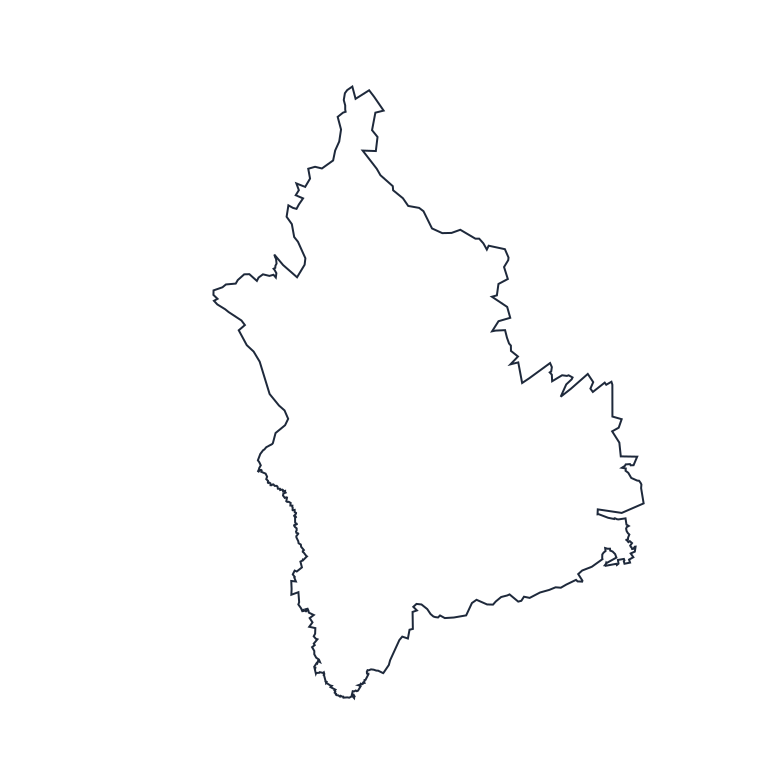 the district of Cape Winelands, Western Cape, South Africa, rotated 331°
{"feature_id": "47623444B8262601395586", "entity_name": "Cape Winelands", "entity_type": "district", "adm_level": 2, "iso_a3": "ZAF", "parent_name": "South Africa", "parent_adm1": "Western Cape", "projection": "equal_earth", "projection_center": [19.211, -33.151], "detail": "fine", "context": "isolated", "style": "outline", "palette": "slate", "viewbox_px": 768, "rotation_deg": 331, "n_neighbors": 0, "source": "geoboundaries", "source_scale": "gbopen_adm2", "svg_char_len": 6166}
<svg xmlns="http://www.w3.org/2000/svg" viewBox="0 0 768 768"><g transform="rotate(331 384 384)"><path d="M555.1,324.7L542.6,313.8L539.1,316.3L539.1,309.2L537.7,303.0L534.4,301.2L525.5,286.1L516.3,284.6L508.1,280.3L501.4,271.2L502.3,252.0L500.1,247.0L491.5,240.0L490.6,230.7L485.9,219.0L487.6,215.2L482.1,199.7L482.0,192.2L478.5,169.5L489.8,176.3L498.1,164.8L496.6,156.2L508.0,142.5L516.2,144.7L514.6,128.0L513.4,119.9L497.4,120.8L500.5,108.5L494.3,109.1L490.8,110.7L486.5,116.1L485.1,121.6L483.1,125.2L482.4,127.3L479.8,126.8L473.0,127.9L469.8,140.6L462.4,150.2L454.5,156.1L447.9,163.8L434.2,165.4L429.0,160.6L422.1,159.0L418.9,168.5L410.6,173.4L404.6,166.1L403.5,173.2L398.3,176.1L403.2,182.4L396.6,185.7L392.4,188.4L389.8,185.9L387.0,181.4L379.9,190.5L380.9,199.5L376.7,211.9L377.7,217.9L376.2,235.9L372.4,241.2L359.7,248.5L353.4,231.0L350.8,217.6L350.2,220.8L350.4,221.8L348.4,226.6L346.4,227.9L345.2,229.7L343.3,229.7L343.6,231.1L343.6,234.9L341.0,238.4L340.3,234.9L336.2,233.9L331.3,229.4L325.9,230.1L322.8,232.2L319.5,222.7L314.9,220.3L306.5,222.2L303.0,224.3L294.0,220.3L289.6,221.1L280.3,219.5L278.0,223.4L279.7,228.8L275.6,228.8L276.8,233.6L281.3,241.6L283.0,245.8L290.1,259.3L290.9,265.0L283.0,266.6L282.8,283.5L285.7,292.4L286.1,304.2L279.1,337.3L281.7,351.9L284.2,358.9L283.3,368.0L277.5,372.1L265.4,374.3L258.2,381.8L257.1,382.3L250.4,382.2L247.5,383.3L246.2,383.3L241.9,385.2L236.7,389.6L237.0,391.9L236.8,395.4L234.0,397.1L233.4,397.9L231.6,399.2L231.9,399.8L233.8,399.1L234.8,399.5L235.1,400.2L234.1,401.3L237.0,405.0L236.8,408.4L234.9,410.1L235.6,412.4L234.6,414.0L234.8,414.5L236.0,414.7L236.5,415.9L235.7,417.5L236.5,418.0L238.0,417.9L238.6,418.2L239.0,420.1L240.8,421.1L241.1,422.2L240.4,424.1L242.2,425.2L241.8,426.4L243.8,427.0L244.2,427.6L243.7,428.9L245.7,429.5L245.2,430.4L245.3,431.3L242.9,431.0L241.6,432.6L242.0,435.5L243.5,435.7L244.1,436.3L241.7,439.2L242.2,440.2L243.5,440.8L244.7,442.7L243.2,444.9L244.9,446.0L244.2,447.0L244.2,447.9L242.9,449.9L243.0,450.2L244.8,450.8L243.8,452.7L244.6,454.1L244.2,454.7L241.5,455.7L241.5,456.3L242.5,457.0L242.5,457.7L241.3,458.0L239.2,461.9L239.2,462.9L239.9,463.8L239.8,464.3L238.0,464.2L237.3,463.8L236.7,464.3L236.8,465.8L237.6,467.9L236.7,469.6L235.5,470.4L235.2,471.7L236.4,473.0L236.4,473.4L233.5,474.6L233.0,475.8L232.8,479.9L232.1,481.9L233.4,484.1L232.6,486.2L233.4,490.4L231.9,490.8L231.6,491.4L232.1,492.7L232.7,496.9L233.0,497.4L227.7,498.9L227.6,498.5L227.2,498.9L224.8,498.8L223.3,504.6L216.8,505.7L215.4,503.9L211.9,506.3L212.4,509.5L211.7,509.8L211.2,514.0L207.4,511.3L203.8,518.5L200.8,523.4L208.2,524.6L204.0,533.7L202.2,535.3L202.7,539.8L202.4,543.1L203.2,543.4L204.0,542.6L204.8,544.0L205.5,543.7L205.7,545.0L206.4,544.9L206.3,543.0L208.2,543.5L208.0,545.8L207.4,547.5L210.6,552.0L205.5,552.7L205.9,557.8L200.9,560.1L205.6,564.2L202.7,569.0L200.2,570.6L200.9,573.8L202.0,575.0L196.7,577.0L196.8,578.8L193.5,579.3L193.6,583.7L192.0,586.6L192.0,590.5L193.5,593.5L193.2,596.1L192.0,594.3L190.1,596.1L189.8,595.4L185.9,597.5L185.8,598.5L186.4,598.9L185.9,599.5L185.5,598.9L184.0,604.3L184.5,603.9L187.5,605.2L188.1,604.9L190.7,607.2L191.6,607.0L191.3,608.3L190.8,608.1L190.8,608.8L190.1,609.4L190.3,609.9L188.8,615.7L189.4,615.7L188.9,615.9L189.4,616.6L188.5,617.1L188.3,617.6L188.7,617.5L191.0,621.8L192.0,622.7L190.3,623.2L193.3,627.8L192.1,628.1L192.4,629.2L191.2,630.1L191.9,631.7L191.3,632.3L191.4,632.6L191.8,633.3L193.1,634.2L194.0,636.1L194.9,635.7L195.9,637.2L196.8,637.7L196.5,638.7L200.0,640.3L201.5,641.5L205.0,641.6L205.6,644.2L206.6,642.8L206.4,642.2L206.8,642.4L206.8,641.0L204.7,640.8L207.7,637.5L208.9,638.4L210.7,638.4L211.3,639.5L212.6,639.6L216.9,637.1L216.6,636.6L217.0,636.3L216.9,635.8L216.3,635.8L215.5,635.0L217.8,635.4L218.4,634.9L219.1,635.9L220.4,635.9L220.6,635.4L221.9,635.9L221.8,634.9L222.5,634.9L223.4,633.5L224.4,633.8L229.8,630.2L229.9,629.9L228.9,629.7L228.8,628.8L229.6,627.2L230.9,626.3L231.7,627.0L234.3,627.3L236.5,628.9L238.3,630.9L239.9,631.9L243.1,636.5L243.7,636.3L252.0,632.1L255.4,628.6L273.3,615.4L277.5,613.8L281.5,618.2L287.2,611.3L290.5,612.2L298.5,597.2L303.0,598.0L301.6,593.1L305.8,592.1L309.9,595.0L312.7,601.8L313.2,607.8L314.5,611.3L315.8,612.7L318.1,614.4L320.8,613.6L323.7,618.2L331.9,622.1L343.7,626.2L354.7,618.2L360.3,617.6L367.3,626.8L372.4,629.8L376.3,628.4L383.2,627.1L389.3,628.7L391.8,628.9L395.9,639.4L399.0,640.2L403.3,637.9L407.7,641.7L419.4,642.0L428.7,644.2L435.5,645.0L439.9,647.9L446.2,647.8L457.0,648.4L457.6,650.5L461.5,652.9L462.2,652.2L461.7,644.4L466.9,643.2L477.2,644.6L490.2,643.1L490.4,642.1L492.3,638.9L494.4,637.9L496.8,637.5L497.9,634.7L499.7,636.5L501.8,637.6L501.1,639.4L502.7,641.3L503.7,644.8L503.1,648.5L491.9,648.5L491.8,648.0L490.9,648.9L489.3,649.6L490.1,650.1L489.9,650.5L500.0,653.9L499.9,655.2L502.0,654.8L503.3,651.3L509.0,653.3L508.8,654.8L507.8,655.3L507.2,657.8L512.6,659.5L513.2,656.4L518.1,656.4L517.6,651.8L522.1,652.2L525.2,648.2L524.5,647.9L522.0,649.0L521.0,648.6L521.3,646.7L520.9,646.1L521.0,644.7L523.8,643.4L522.8,640.6L521.1,640.8L520.6,638.0L519.6,637.5L522.0,638.2L523.1,636.6L525.6,634.6L525.0,632.7L524.9,630.3L525.6,627.9L527.0,626.8L529.2,626.8L527.9,624.5L530.1,618.6L523.4,616.1L522.2,615.2L520.8,613.3L519.9,613.2L520.5,614.2L515.2,609.7L508.6,601.9L507.6,601.5L510.2,597.3L529.4,612.0L553.2,614.3L558.4,599.7L560.4,596.7L560.5,595.0L560.2,592.3L558.6,591.2L554.7,586.0L554.6,580.1L553.2,577.0L554.5,575.1L551.4,572.6L555.0,572.4L556.4,571.5L560.3,573.3L560.3,574.7L562.9,576.0L570.2,570.3L556.0,562.1L561.4,549.4L560.6,536.0L568.1,536.0L574.8,530.0L568.0,523.2L583.4,495.3L584.0,492.3L578.0,492.4L577.7,489.8L562.8,492.2L562.3,488.1L567.9,483.8L567.1,474.0L545.0,478.8L532.4,480.8L543.2,472.7L550.4,470.9L552.1,469.7L549.7,465.9L547.9,465.6L544.0,462.7L532.4,463.1L535.3,457.2L534.6,454.2L536.3,454.1L539.0,450.6L539.4,446.2L513.8,449.4L505.3,450.1L511.9,430.2L504.2,428.1L514.5,424.9L511.1,416.6L513.6,411.9L513.0,409.2L514.0,403.1L516.0,395.6L507.5,391.4L504.1,390.3L514.6,384.6L526.5,387.3L529.1,376.3L520.7,360.0L525.7,361.2L532.6,352.0L543.2,352.2L545.7,339.9L552.7,335.9L554.2,333.8L555.1,324.7Z" fill="none" stroke="#1e293b" stroke-width="2"/></g></svg>